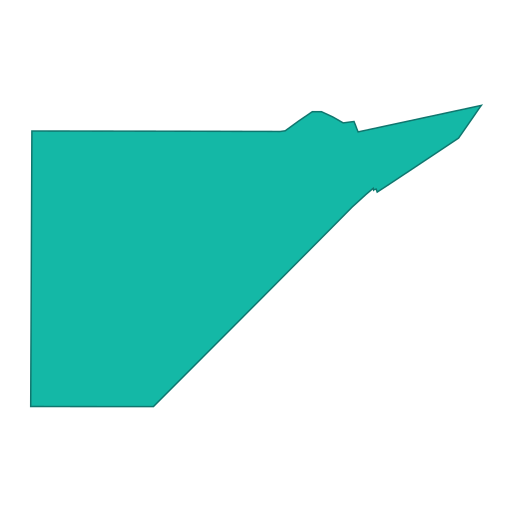 the district of Al Golid, Northern, Sudan
{"feature_id": "16777658B20227076213030", "entity_name": "Al Golid", "entity_type": "district", "adm_level": 2, "iso_a3": "SDN", "parent_name": "Sudan", "parent_adm1": "Northern", "projection": "natural_earth1", "projection_center": [29.801, 17.722], "detail": "fine", "context": "isolated", "style": "filled", "palette": "teal", "viewbox_px": 512, "rotation_deg": 0, "n_neighbors": 0, "source": "geoboundaries", "source_scale": "gbopen_adm2", "svg_char_len": 701}
<svg xmlns="http://www.w3.org/2000/svg" viewBox="0 0 512 512"><path d="M437.9,151.9L458.6,138.1L459.8,136.3L461.3,134.2L473.1,117.2L480.1,107.0L481.3,105.4L358.1,131.9L356.7,128.5L355.8,126.0L355.6,125.5L355.4,124.9L354.6,123.0L354.0,121.5L343.2,122.9L332.9,117.0L321.5,111.7L312.3,111.7L298.8,120.9L285.2,130.8L280.1,131.5L264.3,131.4L247.4,131.4L215.3,131.3L166.0,131.2L103.9,131.1L36.7,131.0L33.1,131.0L32.3,131.0L31.9,131.0L30.7,405.9L30.7,406.4L30.7,406.5L111.5,406.6L153.4,406.6L154.4,405.6L235.2,324.7L266.4,293.4L333.9,225.5L352.2,207.0L365.9,194.5L373.2,188.3L373.6,190.1L374.0,189.7L376.2,189.1L377.2,192.1L389.9,183.8L437.9,151.9Z" fill="#14b8a6" stroke="#0f766e" stroke-width="1.5"/></svg>